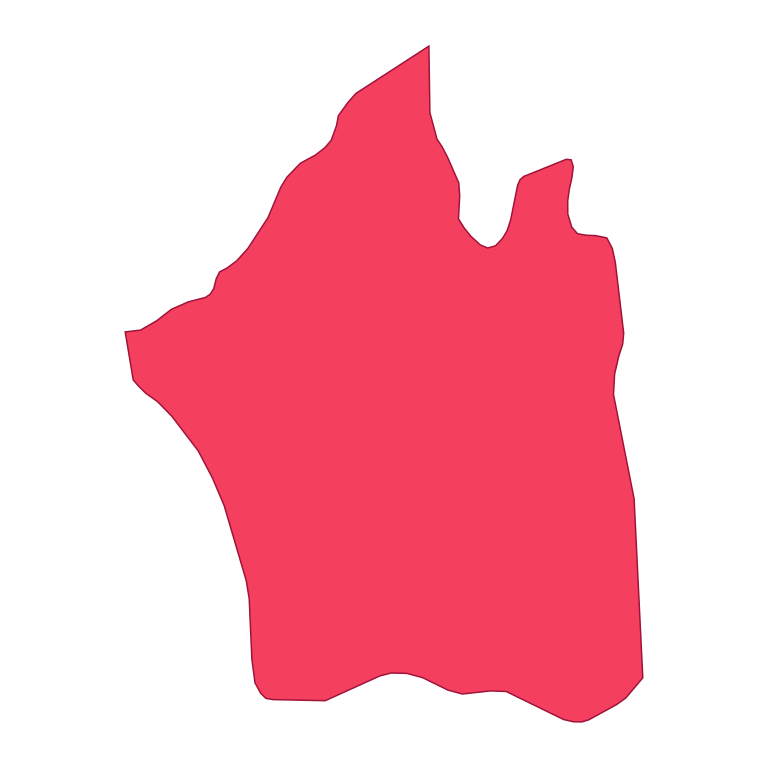 the border of Ntchisi
{"feature_id": "MWI-1913", "entity_name": "Ntchisi", "entity_type": "District", "adm_level": 1, "iso_a3": "MWI", "parent_name": "Malawi", "parent_adm1": "", "projection": "equal_earth", "projection_center": [33.898, -13.273], "detail": "fine", "context": "isolated", "style": "filled", "palette": "rose", "viewbox_px": 768, "rotation_deg": 0, "n_neighbors": 0, "source": "natural_earth", "source_scale": "10m", "svg_char_len": 1269}
<svg xmlns="http://www.w3.org/2000/svg" viewBox="0 0 768 768"><path d="M428.9,46.1L429.9,112.6L437.0,139.1L442.0,146.6L447.6,157.3L458.8,183.0L459.7,196.0L458.5,218.9L464.1,227.8L470.8,236.2L480.3,244.9L487.6,248.0L495.5,245.8L502.6,238.3L507.2,230.5L510.7,219.7L517.6,185.3L519.9,179.9L523.8,176.4L566.3,159.3L571.1,159.8L573.3,166.7L571.9,177.8L569.4,188.9L567.7,200.9L567.8,214.1L571.8,227.2L577.5,233.7L586.1,235.2L595.5,235.6L606.8,237.9L612.3,248.4L615.3,262.3L623.7,333.2L622.7,344.1L618.7,356.4L614.6,374.2L613.5,394.5L634.1,498.8L642.8,677.8L625.8,698.0L616.7,704.5L588.8,719.8L581.9,721.9L573.5,721.8L563.5,719.5L506.2,691.5L490.7,690.9L462.3,694.0L447.9,690.1L422.7,677.7L406.9,673.4L391.3,673.0L379.9,675.9L325.2,700.7L273.1,699.6L265.9,698.4L260.6,693.2L255.0,682.8L251.9,659.5L249.2,598.7L246.2,580.5L224.2,505.7L212.5,478.1L198.3,451.0L171.7,416.1L157.5,401.6L145.8,393.3L138.2,385.8L133.2,379.9L125.2,331.9L140.5,330.1L156.6,320.8L171.4,309.3L188.4,301.8L205.3,297.5L210.1,294.3L213.7,288.8L216.2,278.8L219.6,271.9L226.9,268.1L236.6,260.9L247.9,248.4L268.0,217.6L280.8,187.2L286.9,177.2L300.3,163.3L315.3,155.1L324.8,147.8L331.2,140.3L336.5,125.7L338.4,115.6L348.0,102.4L355.9,93.4L428.9,46.1Z" fill="#f43f5e" stroke="#9f1239" stroke-width="1.5"/></svg>